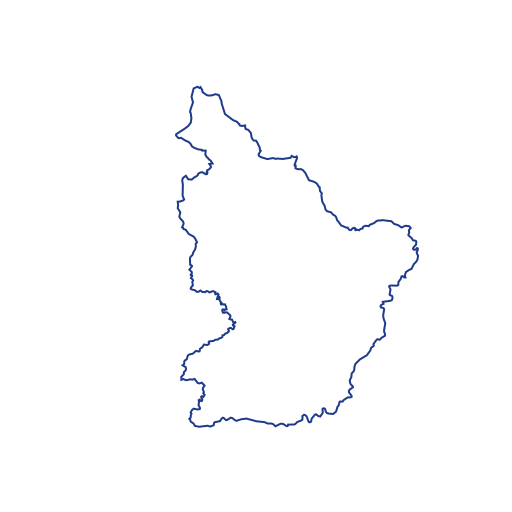 Maripí, Boyacá, Colombia, rotated 237°
{"feature_id": "7082276B23920706141939", "entity_name": "Maripí", "entity_type": "district", "adm_level": 2, "iso_a3": "COL", "parent_name": "Colombia", "parent_adm1": "Boyacá", "projection": "orthographic", "projection_center": [-74.01, 5.573], "detail": "fine", "context": "isolated", "style": "outline", "palette": "blue", "viewbox_px": 512, "rotation_deg": 237, "n_neighbors": 0, "source": "geoboundaries", "source_scale": "gbopen_adm2", "svg_char_len": 6117}
<svg xmlns="http://www.w3.org/2000/svg" viewBox="0 0 512 512"><g transform="rotate(237 256 256)"><path d="M279.2,346.9L279.9,346.4L283.1,346.5L284.9,346.0L286.9,344.9L290.7,341.7L298.7,342.6L302.2,342.2L304.2,341.2L305.9,338.5L308.0,336.9L310.1,338.4L310.4,337.7L311.5,338.0L315.9,343.9L317.4,344.3L317.5,342.9L318.4,341.5L320.5,340.5L319.6,338.4L322.8,331.3L326.1,327.0L326.6,325.6L328.9,323.5L331.1,318.3L336.1,314.1L338.3,313.0L339.9,313.5L341.7,317.3L342.4,317.0L345.2,318.2L351.1,318.9L352.7,318.8L354.1,317.0L355.4,316.7L357.8,316.9L362.0,318.7L366.1,318.2L368.1,316.5L370.2,317.2L371.4,318.0L372.7,315.0L374.3,313.5L375.8,313.9L376.7,313.4L378.8,313.2L382.6,310.7L392.0,307.3L402.7,310.3L404.5,311.3L411.2,312.5L413.8,310.1L414.7,306.5L416.4,303.6L417.8,302.3L422.6,300.4L424.5,301.3L427.9,301.4L427.7,300.1L429.8,299.1L430.5,295.0L424.7,288.7L419.1,286.8L414.8,281.2L412.8,279.2L411.5,279.1L406.8,276.9L403.4,274.0L402.0,270.2L401.6,265.2L401.6,255.3L400.6,254.6L397.3,255.1L396.7,255.6L396.0,257.5L391.5,259.5L388.2,261.7L384.9,262.3L383.0,261.9L380.7,262.9L377.0,265.5L374.4,268.5L373.7,268.3L371.8,271.2L368.6,268.7L365.8,268.6L364.3,269.1L362.7,269.1L360.8,269.9L357.2,269.9L358.6,267.0L355.9,267.0L354.9,266.5L354.2,263.7L354.5,261.7L353.1,260.3L352.6,260.8L351.4,259.5L351.9,258.4L355.4,256.7L356.3,255.0L356.5,252.4L355.6,251.3L355.3,250.1L355.5,246.7L355.1,243.7L357.3,240.9L361.5,240.9L361.2,237.1L359.6,235.3L355.8,233.6L346.4,227.2L342.5,226.5L342.3,225.0L343.1,221.9L344.2,219.9L341.0,218.4L338.8,216.4L333.9,216.3L330.7,213.1L328.6,212.9L325.1,213.6L323.2,213.3L322.2,212.5L320.2,209.6L319.3,210.2L318.1,209.9L316.2,211.4L311.1,211.6L306.1,214.3L303.8,214.5L299.6,214.0L299.1,212.1L296.8,210.8L294.7,208.5L293.1,205.2L291.5,203.4L290.9,200.5L289.9,199.3L284.5,196.0L283.3,196.8L282.3,196.8L280.8,192.7L277.4,193.4L276.5,192.8L275.8,191.0L275.4,190.9L274.4,191.8L273.9,191.6L273.0,189.4L270.7,190.1L269.7,189.9L269.0,188.5L265.7,187.0L265.1,184.5L264.1,183.4L262.9,183.9L260.6,186.1L258.1,186.9L257.3,188.3L257.4,190.5L255.0,191.5L253.3,193.7L253.6,195.3L252.8,196.3L250.8,197.1L250.0,200.8L247.8,202.3L246.7,201.2L245.9,201.2L245.4,203.5L244.2,203.6L243.1,202.2L241.8,203.0L241.2,202.9L242.1,200.9L241.1,199.8L239.7,201.9L238.0,201.3L236.2,201.5L235.5,200.6L234.4,200.3L234.0,200.9L234.3,201.8L233.0,202.3L232.4,203.6L230.1,203.4L227.3,202.3L227.8,201.3L227.7,200.0L228.6,200.1L229.3,199.1L229.1,198.2L226.7,197.4L225.8,198.1L225.0,200.4L224.4,201.0L220.4,202.1L219.7,201.9L219.1,201.6L217.8,199.3L216.9,199.8L215.7,201.3L212.9,200.8L212.2,201.4L211.9,202.6L211.4,202.5L211.0,199.2L210.3,198.9L208.8,199.8L207.0,197.4L207.3,196.5L209.5,195.7L210.1,193.3L209.9,192.8L207.8,192.4L207.4,191.8L207.6,191.1L207.1,190.2L207.7,187.7L207.1,186.0L207.7,184.6L206.4,183.6L206.3,181.9L206.9,180.7L206.7,178.5L207.9,176.3L207.9,174.2L209.9,170.1L209.5,169.3L208.3,169.1L207.7,168.4L208.0,166.5L210.1,164.1L208.7,161.2L208.7,158.6L206.8,156.7L207.2,155.8L209.1,154.0L208.5,149.8L209.7,146.6L209.7,145.1L209.5,144.4L207.1,141.7L207.1,139.3L206.7,138.5L204.6,137.0L204.3,134.9L201.1,136.5L199.4,135.8L198.4,134.7L197.8,132.2L196.2,131.1L195.3,127.5L192.8,126.0L192.4,128.1L190.9,128.9L189.4,130.5L188.6,133.4L186.9,135.4L186.4,137.5L181.1,138.0L180.0,139.1L179.3,141.5L175.4,142.3L174.3,139.8L173.3,138.8L170.2,138.2L169.6,137.0L167.6,137.3L167.2,136.8L166.5,135.0L168.0,134.2L167.9,133.5L167.0,132.9L164.9,132.8L164.0,132.0L164.0,131.2L164.5,130.8L166.3,130.4L166.3,129.4L164.4,128.6L162.3,126.6L159.3,126.3L158.3,125.7L158.5,124.6L159.4,123.1L161.9,120.6L161.8,118.7L160.3,115.9L158.7,115.9L157.9,114.5L156.2,113.3L155.7,111.4L154.8,111.8L152.7,111.0L149.5,112.4L146.8,112.2L143.7,115.4L140.1,122.8L137.8,124.9L137.1,128.3L139.0,130.2L139.1,130.8L137.1,135.9L138.3,138.4L138.5,140.1L137.6,140.7L134.6,141.5L134.2,142.6L134.2,146.7L132.9,147.9L129.6,149.0L128.3,150.1L127.2,154.5L124.8,159.5L117.1,166.4L112.0,172.7L109.3,174.4L106.9,177.9L105.3,179.0L102.6,179.5L102.0,184.9L101.4,186.2L100.2,187.4L97.2,188.7L96.2,189.6L96.2,190.1L97.1,191.1L93.9,196.2L93.7,197.5L94.3,200.2L93.3,205.1L93.8,206.1L96.5,207.7L96.7,209.8L95.8,210.6L93.9,211.1L88.5,209.9L87.5,210.1L87.2,210.8L87.1,212.0L89.3,214.1L90.9,219.2L90.6,220.1L88.0,221.0L86.4,222.4L88.0,226.4L91.7,228.7L91.4,229.9L90.6,230.5L89.7,230.6L87.8,229.8L85.7,229.9L84.3,231.1L81.5,234.6L81.9,238.4L85.1,242.2L85.9,244.3L88.2,246.7L88.2,247.3L86.7,249.3L87.4,250.8L87.5,255.9L86.0,258.1L85.8,259.5L86.7,260.0L91.0,259.7L91.9,260.1L92.9,261.5L93.1,265.8L93.8,266.2L96.6,265.6L97.9,265.7L100.7,266.9L102.4,269.9L105.4,272.3L106.1,275.0L106.9,276.3L109.7,278.5L111.4,280.7L112.7,286.9L112.4,294.9L114.5,300.4L116.4,302.7L116.4,305.5L116.7,306.0L118.1,306.4L120.1,311.6L120.0,312.6L118.4,314.1L119.0,316.6L118.9,320.8L120.1,321.7L122.3,322.1L123.9,322.9L129.2,327.8L134.3,329.0L137.1,330.4L141.4,334.4L142.8,334.6L144.9,332.8L146.1,333.1L146.8,334.6L146.4,336.9L148.5,337.4L145.4,344.0L145.0,345.5L145.4,346.5L146.8,347.9L148.0,348.3L148.9,348.2L150.1,347.0L150.8,347.0L154.7,350.6L157.9,351.0L158.3,351.7L157.7,353.2L154.4,358.0L154.1,359.4L156.7,361.4L157.9,364.8L159.6,366.9L159.5,367.7L157.0,368.9L156.6,369.6L158.7,370.2L160.9,373.1L160.9,377.4L160.4,379.2L163.3,384.1L163.9,387.1L165.2,389.6L168.0,392.1L170.5,392.3L171.9,393.0L172.8,394.8L174.2,395.8L175.0,395.3L174.5,393.7L174.9,392.1L176.1,391.5L176.6,391.6L177.5,393.0L178.4,396.5L180.8,398.3L181.7,398.3L183.7,396.2L186.3,396.3L190.2,395.1L190.8,395.3L192.2,397.3L193.8,397.9L194.6,398.7L195.2,401.0L197.5,400.7L200.0,397.8L200.6,393.6L204.5,392.0L207.7,389.3L211.4,388.5L217.3,381.5L217.7,380.0L218.8,378.8L219.7,376.2L219.3,372.8L220.2,368.4L219.6,366.8L221.8,364.2L222.1,362.5L222.0,361.5L221.0,360.2L221.8,358.4L221.4,356.5L222.6,355.5L223.5,353.4L224.0,353.5L224.6,354.4L226.0,353.9L226.6,352.4L226.0,349.8L226.7,348.7L228.1,348.3L229.8,348.4L230.6,347.2L235.5,344.0L239.8,343.9L241.5,343.5L245.3,344.4L246.4,344.3L248.4,343.3L252.0,342.6L254.6,340.1L256.9,339.6L260.8,340.9L265.3,341.1L271.1,343.8L272.7,345.3L275.7,345.1L279.2,346.9Z" fill="none" stroke="#1e3a8a" stroke-width="2"/></g></svg>